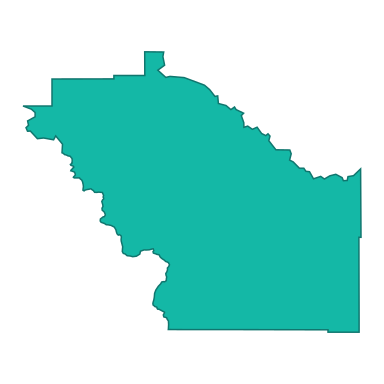 Meagher, Montana, United States of America
{"feature_id": "52423323B38602256292378", "entity_name": "Meagher", "entity_type": "district", "adm_level": 2, "iso_a3": "USA", "parent_name": "United States of America", "parent_adm1": "Montana", "projection": "natural_earth1", "projection_center": [-111.14, 46.636], "detail": "fine", "context": "isolated", "style": "filled", "palette": "teal", "viewbox_px": 384, "rotation_deg": 0, "n_neighbors": 0, "source": "geoboundaries", "source_scale": "gbopen_adm2", "svg_char_len": 2972}
<svg xmlns="http://www.w3.org/2000/svg" viewBox="0 0 384 384"><path d="M359.1,332.2L359.1,320.9L358.9,237.3L361.0,237.3L360.6,168.9L353.5,175.7L348.0,176.6L347.2,180.5L343.4,180.7L342.1,177.6L335.8,174.3L329.9,175.8L324.4,179.0L320.7,176.4L313.5,178.8L309.5,171.7L305.9,171.3L303.8,168.2L299.4,168.2L293.2,161.9L289.6,160.1L291.2,153.8L289.8,150.0L275.9,149.8L268.8,140.7L270.0,136.1L268.0,133.8L265.8,135.6L261.6,133.5L257.1,127.2L252.4,129.3L247.7,126.1L243.9,127.3L243.8,122.7L241.3,115.6L243.6,113.2L236.1,109.6L234.5,107.0L230.9,109.6L226.0,105.5L218.4,103.5L217.7,95.9L214.9,96.4L209.8,89.8L204.5,85.2L184.2,77.6L170.0,76.4L165.8,77.4L157.8,70.2L164.6,65.2L162.9,56.7L163.7,52.0L144.7,51.8L144.8,75.5L113.9,75.5L113.9,78.9L52.0,79.0L52.0,106.0L23.0,106.0L31.4,109.2L35.1,112.5L35.1,116.8L27.6,120.9L28.5,125.3L26.0,127.7L27.5,131.2L30.4,131.1L37.4,138.7L43.6,138.0L53.6,139.8L55.7,135.9L62.5,144.2L62.0,152.8L63.0,153.2L64.8,154.7L65.8,154.8L66.8,155.2L68.0,155.9L70.1,156.2L71.3,157.7L72.0,158.5L72.2,160.1L72.1,162.2L71.9,162.5L71.8,163.0L72.0,163.1L71.7,163.5L71.2,163.9L70.4,164.4L70.8,165.2L71.5,165.5L72.9,166.0L73.6,166.5L73.7,167.5L72.9,168.0L71.8,169.4L71.1,170.0L70.8,170.8L71.6,171.0L73.0,171.5L74.5,172.1L75.1,173.6L75.3,174.9L74.7,175.8L73.6,176.8L73.4,177.4L74.3,177.9L75.3,177.9L77.4,177.9L79.5,177.9L80.3,179.0L81.7,180.0L82.5,181.7L83.2,184.7L83.4,186.7L83.0,189.3L83.0,190.3L84.1,190.9L84.6,190.3L86.7,189.6L88.6,189.3L90.9,188.8L92.0,189.7L93.4,190.6L94.6,192.3L96.8,192.4L98.9,192.1L99.6,192.2L101.2,192.4L102.4,192.5L102.8,193.5L103.0,194.1L103.6,195.4L103.1,197.1L103.6,197.9L103.6,199.0L102.6,199.9L101.8,201.5L102.7,204.5L103.0,206.4L102.0,208.2L102.2,210.2L104.2,211.9L105.2,214.2L105.2,215.3L104.3,216.7L103.2,216.8L100.4,219.0L100.2,221.0L101.1,222.3L104.5,223.5L106.2,224.7L108.0,224.8L111.0,225.4L114.3,227.1L115.9,229.8L116.4,231.9L116.9,233.4L117.6,234.6L118.6,235.1L119.3,234.6L120.9,235.6L121.4,236.9L121.1,239.3L121.2,241.0L121.9,243.7L122.7,246.8L122.5,248.6L122.3,251.5L123.3,253.4L125.2,254.0L127.1,255.7L130.2,256.0L132.7,256.7L136.4,256.2L139.8,254.1L140.5,251.2L144.1,249.9L146.1,250.0L149.3,249.8L152.1,249.0L153.2,248.8L153.8,250.7L153.0,251.7L153.4,253.1L155.9,253.9L156.9,254.4L159.0,254.7L159.7,256.0L160.1,256.9L161.2,258.0L162.5,259.0L164.1,260.0L165.7,261.5L167.5,262.1L168.5,262.8L169.5,264.8L168.5,266.8L167.4,268.0L167.5,269.8L166.9,271.7L165.8,273.5L166.0,275.1L166.7,277.0L166.3,279.1L166.3,280.6L164.6,281.8L163.4,281.6L161.7,282.0L160.6,283.9L158.3,286.3L155.8,290.1L154.6,293.4L154.3,297.1L153.9,299.6L153.1,302.3L152.9,303.5L153.1,305.0L154.0,305.7L155.1,306.7L156.1,306.9L156.9,307.3L157.1,308.0L157.1,308.5L157.7,309.2L158.7,309.2L159.7,309.6L161.9,310.8L163.6,311.7L164.5,312.2L164.4,313.0L163.3,314.9L163.8,316.9L166.6,317.7L167.3,319.5L168.4,320.8L168.6,324.5L168.4,328.6L168.3,329.5L185.2,329.6L236.4,329.6L328.0,329.8L328.0,332.2L359.1,332.2Z" fill="#14b8a6" stroke="#0f766e" stroke-width="1.5"/></svg>